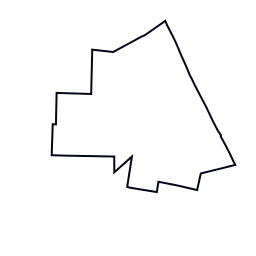 the district of Orleans, Vermont, United States of America, rotated 64°
{"feature_id": "52423323B93976880688423", "entity_name": "Orleans", "entity_type": "district", "adm_level": 2, "iso_a3": "USA", "parent_name": "United States of America", "parent_adm1": "Vermont", "projection": "orthographic", "projection_center": [-72.211, 44.776], "detail": "fine", "context": "isolated", "style": "outline", "palette": "ink", "viewbox_px": 256, "rotation_deg": 64, "n_neighbors": 0, "source": "geoboundaries", "source_scale": "gbopen_adm2", "svg_char_len": 640}
<svg xmlns="http://www.w3.org/2000/svg" viewBox="0 0 256 256"><g transform="rotate(64 128 128)"><path d="M208.2,47.7L204.0,47.9L196.1,47.7L186.5,47.9L177.6,48.3L176.0,48.3L175.1,47.6L170.5,48.4L158.1,48.7L144.1,48.5L123.1,49.1L117.2,49.2L112.1,49.1L107.7,49.3L103.0,49.0L98.3,48.7L85.4,48.3L73.8,47.6L66.0,47.5L53.4,47.8L48.1,47.6L52.0,72.6L51.8,76.2L53.2,108.0L41.9,125.8L81.3,146.2L66.6,174.1L65.2,176.8L93.2,191.2L91.6,194.0L119.0,208.5L125.3,196.6L147.6,152.9L161.8,159.7L155.4,137.0L180.5,154.5L182.6,152.3L198.2,130.2L189.7,124.2L201.6,108.4L214.1,93.1L200.8,82.5L208.2,47.7Z" fill="none" stroke="#020617" stroke-width="2"/></g></svg>